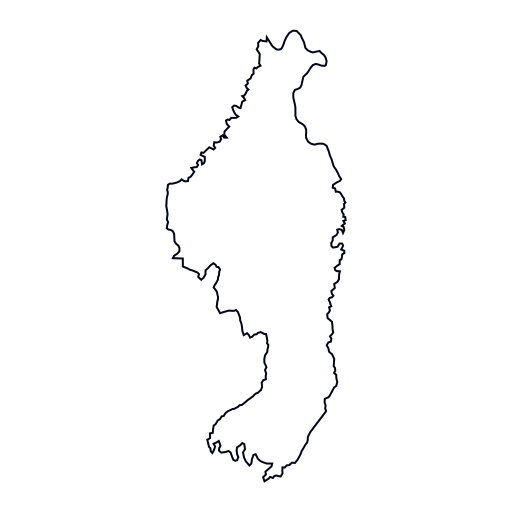 outline of Mangueirinha, Paraná, Brazil
{"feature_id": "56859067B44041978289925", "entity_name": "Mangueirinha", "entity_type": "district", "adm_level": 2, "iso_a3": "BRA", "parent_name": "Brazil", "parent_adm1": "Paraná", "projection": "equal_earth", "projection_center": [-52.216, -26.037], "detail": "fine", "context": "isolated", "style": "outline", "palette": "ink", "viewbox_px": 512, "rotation_deg": 0, "n_neighbors": 0, "source": "geoboundaries", "source_scale": "gbopen_adm2", "svg_char_len": 5920}
<svg xmlns="http://www.w3.org/2000/svg" viewBox="0 0 512 512"><path d="M168.0,184.8L167.7,187.4L167.1,189.8L167.8,192.0L167.7,194.4L166.9,197.2L166.6,200.0L166.5,202.3L166.3,206.3L167.0,210.0L167.6,214.2L166.8,219.3L168.1,222.1L167.1,225.7L166.9,228.3L168.5,229.6L170.3,229.8L172.6,231.0L174.1,233.7L174.5,241.3L176.3,244.0L178.4,245.6L179.4,247.9L179.4,251.4L177.3,253.6L174.1,255.8L172.9,258.2L182.8,258.5L182.9,266.5L187.3,268.3L189.8,269.7L192.6,270.5L194.6,271.4L197.0,272.2L199.0,274.1L198.2,276.9L201.2,279.8L203.4,277.9L205.4,274.5L205.6,270.3L207.7,268.4L210.8,265.1L213.4,263.3L215.5,264.7L216.6,266.8L218.5,267.1L220.0,269.3L219.2,271.9L219.0,275.1L218.1,277.3L217.9,279.7L216.3,282.7L214.5,285.4L213.7,287.5L215.3,289.5L217.0,292.0L217.4,294.5L218.0,296.9L217.9,299.4L217.3,301.5L217.0,304.7L216.6,306.9L220.1,313.2L223.8,312.0L225.6,311.5L228.8,310.6L231.9,310.8L234.2,310.8L236.0,310.0L237.9,312.0L240.0,317.4L240.2,320.4L241.4,323.6L242.0,326.8L242.4,331.0L243.7,335.1L247.1,333.2L248.9,335.1L250.1,337.6L252.1,336.8L254.2,334.6L256.7,334.2L258.1,332.8L260.7,332.1L262.3,332.9L264.2,334.0L266.1,334.0L266.8,337.4L267.4,341.1L267.0,343.3L268.3,344.8L268.1,347.2L267.5,349.3L267.2,352.2L265.3,354.8L264.6,357.2L264.3,359.5L264.4,362.8L265.5,364.9L266.4,367.2L265.0,370.1L266.2,373.5L265.7,375.9L265.9,379.3L263.3,380.2L261.7,382.7L262.1,386.8L261.0,390.0L259.4,391.3L258.0,392.7L256.0,393.5L254.5,394.6L253.1,396.3L251.5,397.4L247.6,400.2L244.2,403.1L241.7,405.0L239.6,405.2L237.9,406.9L236.2,407.7L234.4,408.8L232.6,409.0L229.9,410.3L227.8,411.2L225.3,413.3L223.7,416.0L221.6,416.4L220.2,418.9L217.6,420.7L215.8,423.9L213.7,425.6L213.0,429.6L212.8,432.8L209.9,433.4L210.1,438.1L207.3,439.7L209.0,446.8L210.3,448.2L210.9,451.5L212.4,453.0L213.9,450.2L215.1,446.6L213.6,443.7L216.1,442.7L218.8,441.0L219.6,443.1L220.5,445.9L219.2,448.0L219.0,450.6L221.2,452.6L225.1,452.1L228.6,451.0L230.6,452.5L232.1,456.8L233.3,459.7L235.2,460.8L237.2,460.2L238.3,457.0L237.1,454.1L236.6,450.4L237.1,447.3L240.1,445.4L242.3,443.1L244.3,444.2L245.0,449.1L243.0,452.5L244.1,457.6L245.9,461.4L249.4,465.5L251.3,463.6L252.0,459.1L253.5,454.9L255.6,454.2L257.8,458.6L259.8,460.6L262.3,462.0L266.8,463.5L268.7,463.5L272.2,463.5L271.5,466.4L265.4,471.7L265.9,474.5L263.1,477.2L264.5,481.3L268.7,478.6L270.1,476.9L272.9,478.0L274.3,476.0L276.5,475.5L278.1,476.0L280.6,476.5L282.5,473.5L282.3,470.3L282.5,467.4L284.8,467.5L286.7,465.4L289.2,465.1L292.1,462.6L294.9,463.0L297.2,460.2L298.9,457.4L300.6,454.1L301.6,451.2L303.5,448.0L305.6,444.4L307.1,442.5L307.8,439.8L307.8,436.9L310.5,431.8L326.1,411.2L325.2,408.4L325.6,405.4L324.6,402.3L324.8,398.8L328.4,397.3L329.7,395.7L332.2,391.0L334.1,387.5L336.2,385.9L337.3,382.0L336.4,378.6L336.2,374.9L334.1,372.9L335.3,370.7L334.9,367.8L333.7,366.0L334.0,362.0L334.2,358.8L333.3,356.8L332.1,354.3L329.1,351.8L328.3,348.1L326.7,345.2L328.4,342.4L330.8,341.7L331.4,338.6L330.0,336.3L332.1,334.1L333.2,332.4L332.5,329.0L332.5,326.2L332.0,321.9L329.8,319.9L327.6,318.1L327.2,314.1L328.8,312.5L329.9,310.5L329.1,307.3L331.2,306.3L330.0,302.6L328.6,299.4L329.8,297.9L332.0,297.3L333.4,295.7L331.9,293.7L331.3,291.1L334.8,288.0L334.2,284.0L337.4,281.9L339.0,279.1L339.0,276.4L339.2,273.9L339.9,271.3L336.7,271.1L335.2,270.0L334.6,267.8L337.1,265.8L339.7,264.1L339.7,260.0L341.4,259.4L341.9,257.1L342.2,254.4L344.4,253.1L344.2,250.7L341.2,249.5L343.1,245.8L342.1,243.5L339.6,243.5L337.5,246.8L333.1,247.6L331.5,246.1L331.2,243.2L332.7,240.3L332.7,237.4L334.3,236.4L336.4,235.1L337.9,232.4L337.2,229.7L339.4,229.1L341.9,230.0L343.0,233.0L344.3,230.0L343.6,226.9L341.8,225.9L344.8,223.5L343.4,220.9L345.7,220.1L345.2,217.0L343.3,216.7L343.7,214.5L342.3,212.4L341.6,209.9L344.3,207.7L344.0,204.0L345.4,202.5L344.3,200.9L344.0,198.4L342.5,196.5L341.3,194.3L340.0,192.4L337.7,191.6L335.8,191.7L335.1,188.5L332.7,187.7L333.1,184.8L337.0,182.3L339.9,180.9L341.2,179.1L339.4,176.5L337.9,173.1L335.8,169.3L334.4,167.4L333.4,165.5L331.7,159.6L330.0,155.7L328.6,150.9L326.6,145.8L323.4,143.8L320.1,143.6L317.5,143.8L314.7,144.6L313.1,144.3L310.8,143.6L308.1,141.7L306.1,137.8L306.0,134.9L306.2,132.4L306.1,129.6L305.1,126.8L303.7,125.1L301.8,123.7L298.9,122.1L296.5,119.3L295.4,115.7L295.4,108.8L295.2,105.9L293.3,97.4L293.3,93.2L294.8,90.0L297.9,88.9L300.3,87.5L301.5,85.0L302.4,81.0L303.3,76.8L307.1,73.2L308.6,71.0L310.6,67.9L312.8,65.1L315.8,63.9L319.0,64.7L321.3,65.6L324.4,65.9L325.9,65.0L326.6,61.1L325.5,57.3L323.8,54.9L321.1,52.7L319.6,51.0L317.9,51.3L312.9,52.4L310.9,51.9L307.7,50.3L305.4,47.9L304.0,42.3L301.9,38.0L300.7,35.2L296.8,31.1L294.2,30.7L292.4,30.9L290.4,32.2L289.0,33.3L286.5,37.0L284.5,41.2L283.8,43.7L282.1,47.6L280.8,49.2L278.9,49.6L277.1,49.6L275.5,48.8L272.3,46.0L266.8,37.4L266.5,41.4L264.5,41.2L262.4,40.9L260.6,40.0L258.1,42.9L258.3,46.2L256.7,49.4L258.5,52.0L259.8,54.1L259.5,57.9L259.4,60.5L259.1,63.5L260.5,65.7L257.7,67.1L256.3,68.4L254.5,67.7L253.4,69.7L253.6,73.7L251.9,75.2L250.5,78.5L247.3,80.6L247.8,83.6L245.6,85.6L246.9,88.2L248.4,89.5L247.0,90.7L245.7,93.4L244.3,95.5L242.3,96.1L244.0,98.0L245.1,100.2L242.3,101.6L241.2,105.5L240.5,108.1L238.3,107.4L236.2,105.9L234.0,105.6L232.2,107.3L233.2,110.1L234.5,112.9L235.9,114.8L238.2,116.5L236.1,117.9L233.6,117.9L231.3,117.8L229.4,120.0L227.7,119.5L226.0,120.5L226.7,123.9L229.2,126.6L227.4,128.5L224.6,131.4L224.2,134.6L226.7,137.6L224.1,137.7L222.5,135.4L220.3,136.9L221.1,139.2L219.7,141.7L216.3,142.6L214.3,142.2L213.7,145.8L215.2,147.8L213.5,149.5L209.3,147.3L207.0,149.5L205.0,151.4L203.6,152.8L201.4,152.5L200.6,154.9L202.3,155.8L204.8,156.9L204.8,161.1L204.0,163.1L202.0,164.3L201.5,160.3L199.8,159.5L198.0,160.8L196.9,163.1L198.1,165.0L196.7,167.1L194.2,167.3L191.4,167.9L193.0,170.3L194.2,171.8L192.6,174.2L190.6,176.8L188.5,177.8L188.0,181.0L185.2,181.4L183.3,180.6L181.6,179.4L180.2,180.9L178.2,182.0L175.9,182.8L172.2,183.7L169.8,183.6L168.0,184.8Z" fill="none" stroke="#020617" stroke-width="2"/></svg>